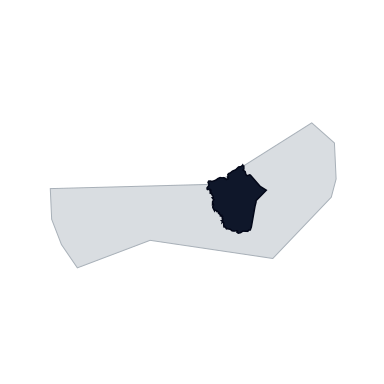 Yona, Guam (highlighted), rotated 224°
{"feature_id": "77769853B72833595516841", "entity_name": "Yona", "entity_type": "district", "adm_level": 2, "iso_a3": "GUM", "parent_name": "Guam", "parent_adm1": "", "projection": "albers", "projection_center": [144.756, 13.405], "detail": "fine", "context": "in_parent", "style": "filled", "palette": "ink", "viewbox_px": 384, "rotation_deg": 224, "n_neighbors": 0, "source": "geoboundaries", "source_scale": "gbopen_adm2", "svg_char_len": 1714}
<svg xmlns="http://www.w3.org/2000/svg" viewBox="0 0 384 384"><g transform="rotate(224 192 192)"><path d="M153.9,324.9L123.6,326.2L97.4,301.5L88.2,285.0L87.7,200.3L188.6,128.1L221.8,57.8L249.4,63.5L274.0,74.9L296.3,96.0L181.2,213.2L153.9,324.9Z" fill="#d9dde1" stroke="#a8b0b8" stroke-width="1"/><path d="M174.3,246.7L174.2,246.1L174.4,244.3L175.9,242.4L176.0,238.4L177.4,235.1L177.7,232.4L178.4,230.9L178.4,229.5L177.4,228.8L176.5,227.3L175.6,227.3L175.2,226.5L175.7,225.8L176.0,224.8L176.9,225.1L177.7,224.4L178.3,224.7L178.9,224.5L179.5,224.0L180.1,223.1L181.8,221.9L182.7,219.7L183.0,217.7L183.7,215.7L184.4,214.5L185.0,213.4L186.4,212.7L187.6,211.4L187.1,210.0L185.0,209.2L184.3,207.9L184.1,205.5L183.2,204.6L182.6,204.5L181.7,206.0L180.4,206.6L179.7,206.5L180.0,205.3L178.9,205.4L178.8,204.6L177.5,204.7L177.8,204.0L176.6,204.3L175.0,203.7L173.7,203.6L172.9,202.9L173.5,201.9L171.6,201.6L171.0,201.9L170.5,199.4L168.6,197.3L168.4,198.2L167.5,197.8L167.0,196.1L166.3,195.3L162.7,194.1L163.0,194.8L161.0,195.8L160.5,195.2L159.0,196.0L158.0,196.0L158.0,195.2L155.9,195.3L155.1,194.6L154.5,195.7L154.1,195.0L153.0,195.6L152.3,194.2L151.4,194.3L150.4,193.2L151.0,191.9L149.7,192.0L149.1,191.0L149.0,192.0L147.7,191.8L146.1,190.1L144.3,188.7L144.7,189.6L144.2,190.0L141.6,189.4L141.1,190.1L138.5,191.8L136.2,191.9L134.6,193.1L132.8,195.4L132.0,195.6L131.8,194.3L130.1,194.5L128.8,196.5L128.2,199.2L124.5,202.5L124.8,203.9L123.7,205.1L124.9,207.9L136.7,225.4L138.9,229.2L139.9,230.3L139.8,244.9L146.9,243.4L154.8,244.1L161.6,244.7L162.4,244.5L163.2,242.8L163.6,242.0L165.4,242.0L167.9,243.6L170.6,243.3L170.6,244.5L172.7,246.6L173.1,246.3L174.3,246.7Z" fill="#0f172a" stroke="#020617" stroke-width="1.5"/></g></svg>